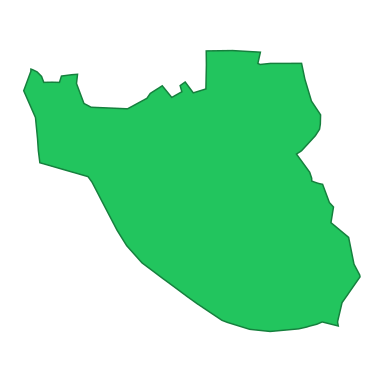 outline of Zango, Katsina, Nigeria, rotated 179°
{"feature_id": "59680162B91454305469147", "entity_name": "Zango", "entity_type": "district", "adm_level": 2, "iso_a3": "NGA", "parent_name": "Nigeria", "parent_adm1": "Katsina", "projection": "orthographic", "projection_center": [8.555, 12.959], "detail": "fine", "context": "isolated", "style": "filled", "palette": "green", "viewbox_px": 384, "rotation_deg": 179, "n_neighbors": 0, "source": "geoboundaries", "source_scale": "gbopen_adm2", "svg_char_len": 1233}
<svg xmlns="http://www.w3.org/2000/svg" viewBox="0 0 384 384"><g transform="rotate(179 192 192)"><path d="M121.2,330.6L149.0,332.7L175.3,332.8L175.4,318.7L176.3,294.8L189.0,291.1L196.9,302.1L202.0,298.6L200.4,292.4L210.6,286.9L219.9,298.7L229.1,293.1L232.0,291.3L235.4,286.5L255.0,276.3L291.4,278.5L298.5,282.4L305.6,302.5L304.4,311.7L309.8,311.4L320.5,310.2L322.6,303.9L329.8,304.2L338.3,304.2L340.4,310.2L344.8,314.8L349.1,317.0L350.9,317.7L351.0,316.5L350.9,315.7L356.5,301.3L358.5,296.2L347.2,269.2L345.5,247.9L344.9,236.0L343.6,223.9L317.9,216.0L295.7,209.2L291.8,203.6L285.9,191.8L283.1,186.1L278.4,176.7L273.4,166.7L267.6,155.1L258.2,139.4L243.2,122.0L222.4,105.8L213.2,98.8L198.3,87.3L188.5,80.0L164.3,63.2L158.9,61.0L136.7,53.7L116.3,51.2L87.8,53.3L79.6,55.0L77.1,55.8L69.5,57.6L64.1,59.8L48.1,55.5L48.7,59.1L48.6,60.3L43.9,78.8L41.7,81.8L37.9,87.0L36.8,88.6L25.5,104.2L25.8,106.1L31.3,117.0L36.2,143.9L53.6,158.9L50.8,174.5L54.8,179.0L61.3,197.4L64.0,198.0L66.1,198.6L69.2,199.7L72.1,200.9L72.1,203.7L74.0,209.7L86.9,228.1L81.8,231.3L67.7,246.1L63.4,252.5L62.5,257.7L62.1,266.9L71.0,280.8L77.2,302.9L80.2,318.7L111.4,319.2L121.7,318.3L123.9,319.4L121.2,330.6Z" fill="#22c55e" stroke="#15803d" stroke-width="1.5"/></g></svg>